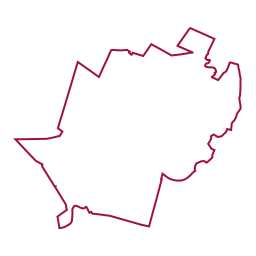 the district of Visani, Braila, Romania
{"feature_id": "2599482B40440653080900", "entity_name": "Visani", "entity_type": "district", "adm_level": 2, "iso_a3": "ROU", "parent_name": "Romania", "parent_adm1": "Braila", "projection": "mercator", "projection_center": [27.327, 45.175], "detail": "fine", "context": "isolated", "style": "outline", "palette": "rose", "viewbox_px": 256, "rotation_deg": 0, "n_neighbors": 0, "source": "geoboundaries", "source_scale": "gbopen_adm2", "svg_char_len": 3640}
<svg xmlns="http://www.w3.org/2000/svg" viewBox="0 0 256 256"><path d="M149.1,226.4L149.6,224.3L151.3,218.1L153.2,211.0L153.2,210.9L156.0,200.9L157.8,194.1L159.4,188.1L161.7,179.4L161.1,179.3L162.5,173.7L165.5,175.9L167.0,177.1L169.9,178.9L171.6,179.4L173.4,180.0L175.8,180.4L178.3,180.6L181.5,180.5L184.5,179.5L186.4,178.5L188.2,177.2L190.6,175.0L193.0,172.4L195.2,171.0L194.8,169.9L195.2,165.6L196.1,164.2L196.5,163.2L197.6,163.0L199.7,162.0L201.3,161.3L201.7,161.2L203.2,161.1L203.9,161.1L205.1,161.5L206.4,162.7L206.7,162.6L207.6,161.9L212.3,157.6L212.2,156.2L212.5,154.7L214.4,150.0L211.6,148.9L208.2,143.9L209.4,141.9L211.2,138.6L211.2,138.3L211.0,136.2L213.7,134.5L217.6,136.9L219.1,136.8L220.5,136.5L221.9,136.0L222.8,135.0L225.6,132.5L226.4,131.0L227.2,129.0L229.5,129.6L231.1,130.0L231.5,126.0L231.6,124.0L232.7,121.9L233.9,120.8L234.5,120.1L235.5,118.4L235.9,117.3L236.4,115.9L236.9,114.2L237.6,112.7L238.7,111.4L239.8,109.9L240.5,108.7L240.6,106.9L240.3,104.6L239.9,102.3L239.5,99.8L239.3,98.2L240.0,95.4L240.2,93.4L240.4,89.2L240.5,85.2L240.5,81.8L240.6,78.6L240.1,76.2L239.8,74.9L239.5,72.9L239.4,71.9L239.2,70.7L238.7,68.8L238.4,67.3L238.4,67.2L238.2,65.7L238.1,65.4L238.0,64.8L238.0,64.6L236.7,64.2L234.2,63.5L231.4,62.7L230.2,62.4L229.6,62.8L228.4,66.4L227.8,68.0L227.3,69.0L227.1,69.7L226.5,70.7L226.0,71.4L225.3,72.0L224.7,72.5L223.9,72.8L223.5,73.1L218.6,79.5L218.1,80.1L211.9,77.1L212.8,76.1L214.0,75.2L214.7,74.5L215.0,74.2L214.9,73.7L214.7,72.7L215.5,72.5L216.0,72.1L216.0,71.4L216.0,70.7L215.5,69.8L215.1,68.8L214.5,68.2L213.6,67.7L212.7,67.4L211.6,67.3L210.2,67.3L209.0,67.3L207.8,67.1L206.8,67.0L205.9,66.7L205.4,66.3L205.1,65.5L205.5,64.6L206.1,63.7L206.8,63.4L208.0,63.2L208.4,63.0L209.2,62.0L209.7,61.1L209.8,60.3L209.7,60.0L208.8,59.9L207.8,60.0L207.3,60.0L206.3,59.2L206.0,58.7L205.8,58.5L205.5,58.4L205.4,58.0L205.8,57.6L206.0,56.9L206.2,56.3L206.6,55.5L207.0,54.8L207.7,54.3L208.1,54.0L208.1,53.3L208.3,51.6L211.8,44.4L214.4,39.0L211.3,37.5L205.1,34.7L202.7,33.6L198.4,31.7L197.6,31.4L196.3,30.8L194.4,29.9L193.4,29.5L192.1,28.9L190.9,28.4L190.3,28.1L190.2,28.1L189.7,28.4L188.6,30.0L187.6,31.4L186.1,33.5L184.5,35.8L184.0,36.5L179.9,42.3L177.5,45.8L179.6,46.9L180.4,47.1L192.5,52.4L192.4,52.7L190.4,52.7L189.4,52.9L186.5,53.5L181.3,54.3L171.6,55.5L165.4,52.0L161.0,49.5L151.3,44.2L149.0,47.6L143.2,56.0L132.8,52.8L131.7,54.7L131.0,54.5L129.9,53.3L129.7,53.4L129.0,52.5L129.8,51.7L127.1,49.9L120.9,50.4L116.3,50.2L116.1,50.1L113.6,49.9L111.1,50.2L109.4,54.1L108.6,55.9L108.5,56.1L106.3,61.1L105.4,62.8L98.9,77.0L98.6,76.8L94.1,73.5L85.8,67.7L85.7,67.6L80.2,63.7L78.4,62.4L77.8,62.0L76.0,68.0L74.2,74.0L70.7,85.8L68.5,93.0L67.5,96.5L62.4,113.4L60.7,118.9L57.9,128.2L62.4,131.6L59.5,136.2L59.1,136.2L58.5,136.2L57.8,136.3L56.0,136.8L55.2,137.0L53.2,137.5L52.1,137.8L46.6,138.8L35.5,139.0L23.3,139.2L15.4,139.3L16.0,139.9L17.2,141.2L19.7,143.9L30.5,155.3L31.3,156.1L35.6,160.7L35.9,160.9L42.4,164.4L42.2,164.9L42.0,166.2L53.2,184.1L54.7,186.5L55.1,186.3L55.6,186.3L55.3,187.3L66.0,204.8L66.0,205.2L66.1,206.5L66.5,208.5L66.9,209.8L57.5,216.6L58.3,221.1L59.4,228.0L61.3,227.9L63.0,227.5L64.1,227.2L65.4,226.6L67.6,225.3L68.2,225.0L68.8,224.6L70.4,223.6L71.5,221.9L71.9,220.9L72.0,219.5L72.3,216.5L72.4,214.5L72.5,212.7L72.4,211.6L72.3,210.2L72.5,208.9L73.4,207.2L74.0,206.3L74.5,206.1L75.0,205.8L76.4,205.8L77.6,206.3L79.0,206.9L80.2,207.6L82.6,208.4L83.2,208.4L83.8,208.4L85.1,207.6L85.9,206.8L86.6,207.2L89.4,212.7L89.5,212.8L91.0,211.8L91.3,212.1L91.5,212.4L92.3,213.6L102.6,214.8L110.2,215.9L120.7,218.9L131.0,221.8L140.4,224.5L141.4,224.8L149.1,226.4Z" fill="none" stroke="#9f1239" stroke-width="2"/></svg>